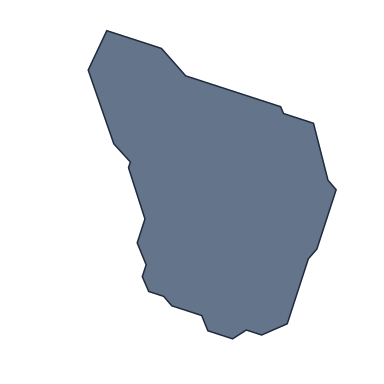 map outline of Navassa Island (Natural Earth projection), rotated 18°
{"feature_id": "UMI-5177", "entity_name": "Navassa Island", "entity_type": "state/province", "adm_level": 1, "iso_a3": "UMI", "parent_name": "United States Minor Outlying Islands", "parent_adm1": "", "projection": "natural_earth1", "projection_center": [-75.015, 18.406], "detail": "fine", "context": "isolated", "style": "filled", "palette": "slate", "viewbox_px": 384, "rotation_deg": 18, "n_neighbors": 0, "source": "natural_earth", "source_scale": "10m", "svg_char_len": 509}
<svg xmlns="http://www.w3.org/2000/svg" viewBox="0 0 384 384"><g transform="rotate(18 192 192)"><path d="M118.6,64.9L150.1,83.5L250.0,83.5L254.8,89.1L286.3,89.1L317.7,138.8L328.4,145.3L328.4,188.5L328.4,207.6L323.3,219.6L323.3,287.9L302.4,306.5L286.3,306.5L276.0,319.1L250.0,319.1L239.4,306.5L207.9,306.5L197.3,300.0L181.6,300.0L170.9,287.9L170.9,275.4L155.6,257.3L155.6,232.2L124.1,188.5L124.1,182.5L102.8,170.4L55.6,108.1L61.1,64.9L118.6,64.9Z" fill="#64748b" stroke="#1e293b" stroke-width="1.5"/></g></svg>